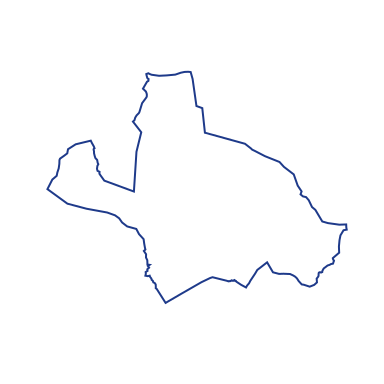 outline of Dange Shuni, Sokoto, Nigeria, rotated 162°
{"feature_id": "59680162B96995039930644", "entity_name": "Dange Shuni", "entity_type": "district", "adm_level": 2, "iso_a3": "NGA", "parent_name": "Nigeria", "parent_adm1": "Sokoto", "projection": "orthographic", "projection_center": [5.413, 12.816], "detail": "fine", "context": "isolated", "style": "outline", "palette": "blue", "viewbox_px": 384, "rotation_deg": 162, "n_neighbors": 0, "source": "geoboundaries", "source_scale": "gbopen_adm2", "svg_char_len": 3104}
<svg xmlns="http://www.w3.org/2000/svg" viewBox="0 0 384 384"><g transform="rotate(162 192 192)"><path d="M279.0,198.7L272.4,193.6L269.4,189.5L267.9,184.6L264.3,179.3L256.4,174.1L255.4,168.3L252.6,162.1L253.4,157.7L254.0,153.3L254.1,151.7L256.0,150.8L254.9,147.0L256.0,143.9L255.6,141.0L256.2,138.8L256.8,136.8L254.8,135.8L256.8,135.1L256.2,133.3L258.4,132.3L258.7,130.7L260.8,130.2L261.2,128.4L262.2,126.8L260.0,125.6L258.1,125.5L258.1,124.2L257.4,122.3L257.5,120.9L256.7,119.7L256.7,118.0L255.6,117.0L255.1,115.3L255.6,113.4L256.2,111.7L255.5,110.7L251.4,94.7L233.3,98.6L210.9,103.3L201.3,104.6L198.8,104.6L186.3,96.8L185.6,96.2L185.3,96.1L185.0,96.0L185.0,95.9L184.8,95.7L184.7,95.7L184.3,95.7L184.2,95.7L183.9,95.6L183.7,95.5L183.3,95.6L183.2,95.5L183.1,95.4L182.8,95.4L182.6,95.4L182.2,95.5L181.9,95.7L181.7,95.8L181.5,95.7L181.3,95.6L181.2,95.5L181.2,95.3L181.0,95.2L180.8,95.1L180.6,94.9L180.1,94.9L179.7,94.7L179.5,94.8L179.2,94.9L179.3,95.0L179.1,95.2L178.8,95.2L178.7,95.0L178.7,94.9L178.5,94.7L178.4,94.3L178.3,94.0L178.0,93.8L177.7,93.7L177.7,93.4L177.5,93.0L174.0,88.6L170.1,84.5L168.5,86.0L166.0,87.5L164.0,89.5L157.3,94.8L154.0,97.7L149.5,99.3L142.3,101.9L139.8,90.6L134.5,87.2L130.3,86.0L126.8,84.7L124.1,83.7L121.7,81.5L120.2,79.8L119.1,77.9L118.7,76.8L118.1,74.4L116.2,70.2L114.4,69.3L109.3,65.6L104.5,65.9L101.1,67.4L100.2,71.1L98.4,72.3L97.6,73.1L97.2,74.2L96.6,75.7L96.2,76.1L95.5,76.2L95.2,76.2L94.7,76.0L94.5,75.7L94.3,75.6L94.1,75.6L93.8,75.5L93.4,75.6L92.9,75.6L92.6,76.3L92.1,77.0L91.3,77.7L90.6,78.4L89.6,78.9L88.8,79.1L85.8,80.2L83.6,80.2L83.2,80.3L82.7,80.4L82.4,80.5L82.1,80.5L81.7,80.5L81.2,80.4L80.8,80.4L80.4,80.3L80.0,80.3L79.6,80.9L79.3,81.3L79.0,81.8L78.5,82.3L78.2,82.8L78.3,83.0L78.4,83.4L78.5,83.6L78.5,84.0L78.6,84.3L78.6,84.5L78.6,85.0L78.6,85.3L78.5,85.6L70.8,88.8L69.1,94.8L66.6,100.6L64.2,104.9L59.7,108.8L56.5,108.4L56.2,110.6L55.4,113.5L62.0,115.4L72.3,120.4L77.2,123.7L80.2,136.9L82.5,140.6L83.5,148.1L85.1,151.9L87.8,153.5L89.5,156.2L87.6,158.7L89.5,165.4L89.8,177.3L96.8,187.5L99.5,193.5L111.5,203.5L119.6,211.7L121.7,213.7L122.4,215.1L126.7,221.5L161.4,244.4L156.3,268.6L161.2,272.4L156.5,299.3L156.2,306.5L158.4,307.5L162.0,308.5L165.8,308.9L171.6,308.8L180.0,310.7L187.4,312.7L194.2,316.0L195.9,317.4L196.8,318.4L199.0,318.3L199.2,316.7L199.2,315.8L199.3,314.4L199.0,313.6L198.4,312.9L198.9,311.7L199.2,311.1L200.7,310.8L206.7,305.4L204.8,301.8L204.7,299.9L204.8,298.8L205.4,297.0L206.1,296.1L212.0,291.9L217.3,284.3L218.1,283.5L221.0,282.0L223.0,280.3L224.5,278.1L226.4,277.2L221.8,264.5L232.4,247.4L247.1,210.4L271.9,229.9L273.9,236.2L274.4,238.0L273.7,239.8L275.3,241.3L275.2,243.4L273.9,246.1L272.5,247.4L272.7,248.9L272.4,251.0L272.3,251.8L272.8,252.9L273.3,253.8L273.4,254.5L273.4,255.6L273.4,256.3L273.2,259.1L272.6,261.1L272.5,262.7L272.1,263.4L271.2,263.7L271.3,265.8L272.1,269.7L272.4,272.1L287.9,273.3L296.7,271.0L298.7,267.3L302.1,266.1L305.6,265.0L307.2,264.5L308.2,263.3L309.5,259.7L311.5,255.6L314.0,252.2L315.7,249.2L321.0,247.0L328.6,239.4L314.1,219.4L297.5,208.7L279.0,198.7Z" fill="none" stroke="#1e3a8a" stroke-width="2"/></g></svg>